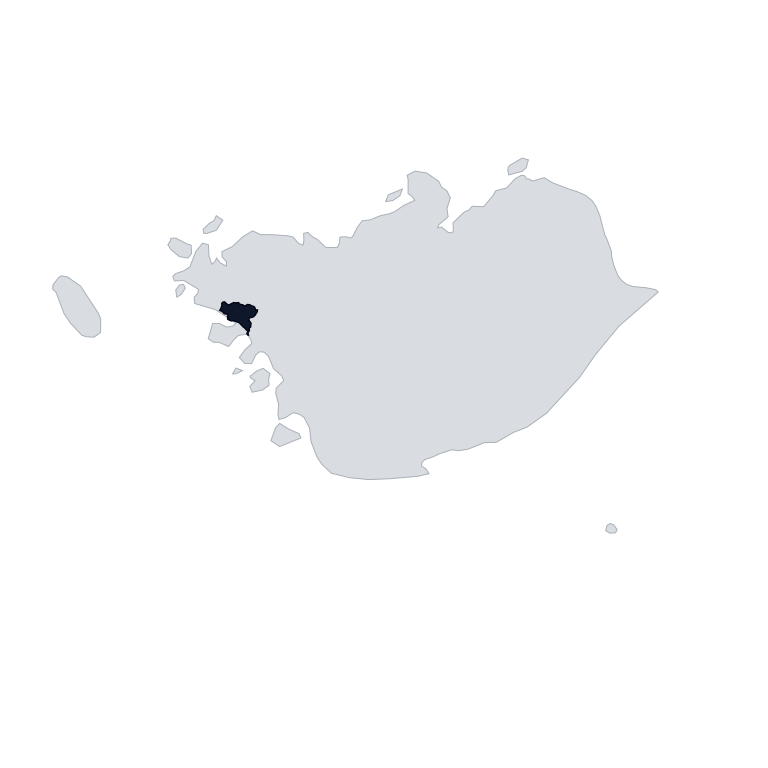 Boseong-gun, South Jeolla, South Korea shown in context, rotated 73°
{"feature_id": "91817680B27152027053647", "entity_name": "Boseong-gun", "entity_type": "district", "adm_level": 2, "iso_a3": "KOR", "parent_name": "South Korea", "parent_adm1": "South Jeolla", "projection": "orthographic", "projection_center": [127.199, 34.814], "detail": "fine", "context": "in_parent", "style": "filled", "palette": "ink", "viewbox_px": 768, "rotation_deg": 73, "n_neighbors": 0, "source": "geoboundaries", "source_scale": "gbopen_adm2", "svg_char_len": 4452}
<svg xmlns="http://www.w3.org/2000/svg" viewBox="0 0 768 768"><g transform="rotate(73 384 384)"><path d="M230.6,184.9L233.2,182.9L233.4,180.0L233.5,170.5L240.9,164.0L251.4,150.5L256.5,143.1L262.4,136.2L269.1,131.6L275.8,129.4L286.2,128.4L306.2,129.3L310.1,128.5L324.0,127.7L327.3,128.9L337.4,129.6L348.6,128.7L354.2,126.6L359.4,123.2L363.8,117.0L368.4,105.6L373.3,96.5L376.2,94.9L397.3,142.2L417.4,172.7L434.6,194.7L459.5,237.2L467.1,260.0L468.1,274.2L472.6,293.7L469.4,305.0L470.9,322.7L469.6,331.8L466.7,338.5L466.9,351.4L468.0,358.2L468.3,367.4L470.3,370.9L473.2,372.1L477.5,368.7L482.9,367.2L482.2,378.2L476.3,406.1L471.0,426.4L463.6,444.2L453.9,460.5L442.1,467.1L433.7,469.5L417.6,470.6L404.2,468.0L392.7,470.2L388.2,473.6L384.8,479.4L387.4,488.2L387.2,494.8L382.3,494.4L372.5,490.7L361.6,490.3L356.6,488.4L351.4,479.0L346.2,479.4L337.2,485.1L323.4,486.4L318.5,489.4L316.8,493.4L318.8,498.3L325.8,504.7L323.5,511.3L316.3,514.6L310.4,506.6L306.7,498.7L302.6,498.3L296.2,500.5L295.0,509.1L297.9,514.9L302.8,521.6L296.0,529.4L294.2,534.9L289.3,538.9L276.0,530.1L277.9,523.8L283.6,517.8L284.4,511.5L282.5,507.8L263.5,523.6L251.7,541.5L245.5,540.2L242.9,535.6L239.2,533.7L226.5,545.2L224.1,554.3L219.4,554.6L217.4,550.7L217.3,542.5L215.2,535.4L202.2,525.1L196.3,516.2L199.5,511.2L210.4,514.0L219.1,513.7L217.4,509.5L214.6,507.4L220.4,505.1L225.2,500.3L221.2,498.9L215.1,501.7L210.1,500.3L208.2,488.6L202.1,476.5L199.1,464.9L205.2,458.2L208.3,447.9L214.1,432.8L216.9,428.0L224.7,424.5L227.5,420.6L223.2,418.6L216.5,416.8L216.7,412.4L221.3,410.1L226.5,405.3L236.6,399.6L239.7,388.6L236.8,385.8L230.6,383.2L232.0,377.6L234.6,373.4L233.7,370.8L226.4,363.7L221.5,357.1L223.0,349.7L222.0,338.4L222.7,329.0L222.4,323.9L218.9,312.3L217.4,300.8L212.7,302.5L208.9,305.3L195.4,301.1L191.2,300.8L189.5,292.2L194.5,281.7L206.0,272.5L212.6,271.4L217.6,267.4L225.3,266.1L234.6,272.5L242.9,273.8L247.5,284.7L250.3,287.0L250.9,283.0L257.7,278.4L259.3,274.8L257.9,272.9L250.1,270.9L243.2,257.4L242.3,251.4L239.8,247.7L243.6,236.9L235.6,224.5L231.8,220.6L232.4,209.5L228.3,202.4L226.0,198.5L224.6,191.8L225.8,188.8L229.5,187.7L230.6,184.9ZM200.4,670.8L196.4,673.1L192.7,671.7L191.7,670.6L187.3,664.4L186.1,661.3L189.2,655.3L201.6,645.6L233.5,636.3L239.2,635.9L251.8,640.0L254.4,647.6L252.1,654.2L249.2,658.6L234.6,665.9L223.2,669.4L200.4,670.8ZM413.3,502.1L405.1,508.8L393.9,500.2L391.2,495.3L399.5,488.1L406.6,479.8L411.3,479.2L413.3,502.1ZM354.2,502.1L353.3,512.5L347.1,513.1L343.3,506.4L339.4,509.7L337.4,509.8L334.2,501.4L333.7,494.9L340.9,489.9L345.3,492.8L351.7,494.3L354.2,502.1ZM193.3,548.4L187.6,550.0L184.5,546.3L182.3,545.3L183.6,540.5L192.8,531.1L194.7,527.9L203.1,529.9L206.2,534.9L202.3,542.5L193.3,548.4ZM221.0,189.7L220.5,203.7L215.9,203.1L212.7,201.7L211.4,198.9L208.3,185.8L211.9,180.4L218.8,184.8L221.0,189.7ZM188.2,509.9L187.0,512.5L183.2,511.7L179.4,504.3L177.8,498.4L174.0,495.2L180.2,490.2L188.0,499.4L188.2,509.9ZM211.2,322.2L210.0,329.1L204.3,324.5L202.9,309.4L208.6,313.8L211.2,322.2ZM592.7,211.6L589.0,214.9L584.3,211.9L583.6,208.5L585.9,205.5L591.4,203.6L594.0,206.0L592.7,211.6ZM239.0,551.6L240.4,556.7L233.3,555.7L229.6,550.8L230.1,546.6L234.3,546.0L239.0,551.6ZM330.9,522.6L330.0,525.9L325.5,520.9L329.8,515.4L330.9,522.6Z" fill="#d9dde1" stroke="#a8b0b8" stroke-width="1"/><path d="M263.7,499.2L263.1,502.0L262.2,504.0L262.5,505.7L262.7,507.1L263.2,509.3L262.3,510.3L260.9,511.4L259.4,512.0L258.7,512.9L258.7,514.4L259.6,515.7L261.5,516.0L263.6,517.6L264.8,518.6L265.6,519.6L266.9,517.9L268.0,517.1L270.1,516.2L270.6,515.0L271.5,513.4L272.4,513.0L273.5,513.9L274.8,514.1L276.3,514.5L277.1,513.8L278.2,512.7L279.1,511.3L279.2,510.1L279.6,509.2L282.3,505.4L282.3,505.2L283.7,504.2L287.3,502.4L288.6,501.7L289.4,500.9L290.7,500.4L291.5,500.1L292.1,499.6L293.1,499.1L293.9,499.0L294.5,499.1L295.2,500.1L295.6,500.3L296.1,500.3L296.7,500.1L297.4,499.8L297.6,499.4L297.0,499.4L296.2,499.3L295.4,499.0L294.7,498.7L294.2,498.1L293.8,497.2L292.4,496.9L291.5,496.8L290.9,496.0L290.3,494.7L288.7,494.4L288.1,493.8L286.7,493.4L285.2,494.0L284.4,494.3L282.9,494.4L281.5,493.9L281.5,492.2L281.6,490.6L281.6,489.4L281.0,488.3L280.5,487.1L279.9,486.4L278.5,485.2L278.4,484.7L277.9,484.2L276.2,483.4L275.8,485.1L274.5,485.2L273.0,485.2L271.8,485.9L271.0,487.1L270.3,488.1L269.2,488.9L268.5,490.3L268.0,491.7L268.6,492.9L268.5,494.2L268.2,495.4L267.1,495.7L266.5,497.0L265.1,499.1L263.7,499.2Z" fill="#0f172a" stroke="#020617" stroke-width="1.5"/></g></svg>